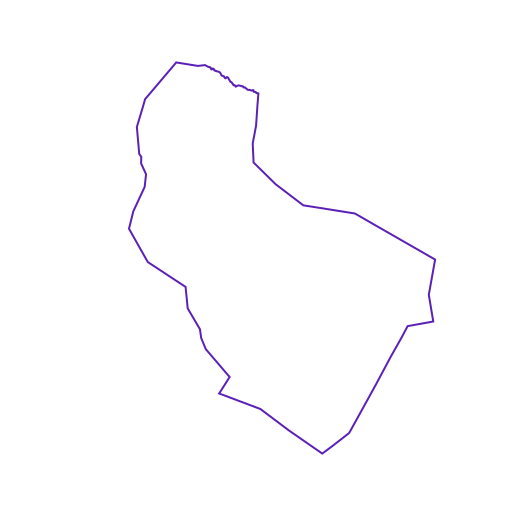 Bayan-O'njuul, Töv, Mongolia (Robinson projection), rotated 36°
{"feature_id": "93677404B80722080120320", "entity_name": "Bayan-O'njuul", "entity_type": "district", "adm_level": 2, "iso_a3": "MNG", "parent_name": "Mongolia", "parent_adm1": "Töv", "projection": "robinson", "projection_center": [105.656, 46.921], "detail": "fine", "context": "isolated", "style": "outline", "palette": "violet", "viewbox_px": 512, "rotation_deg": 36, "n_neighbors": 0, "source": "geoboundaries", "source_scale": "gbopen_adm2", "svg_char_len": 2680}
<svg xmlns="http://www.w3.org/2000/svg" viewBox="0 0 512 512"><g transform="rotate(36 256 256)"><path d="M307.0,388.6L307.0,388.9L349.5,377.2L385.2,377.8L425.7,376.9L429.5,364.9L435.4,344.4L432.7,322.5L428.5,289.0L424.3,258.9L421.8,237.2L419.9,223.6L437.9,204.8L418.6,185.8L403.0,153.6L334.5,161.0L311.0,163.5L264.5,187.2L229.7,186.4L199.1,181.8L187.2,166.9L179.5,150.6L168.7,133.4L162.4,123.1L162.1,123.1L161.8,123.2L161.7,123.3L161.4,123.4L161.2,123.7L160.9,123.8L160.7,123.9L160.4,123.9L160.2,123.7L159.9,123.6L159.5,123.6L159.3,123.6L159.1,123.7L158.8,124.0L158.5,124.1L158.1,124.3L157.9,124.4L157.7,124.4L157.4,124.3L157.1,124.0L156.9,123.7L156.7,123.5L156.6,123.4L156.4,123.4L156.2,123.4L156.0,123.5L155.9,123.7L155.7,124.0L155.7,124.3L155.5,124.6L155.1,124.8L154.6,125.0L154.1,125.1L153.6,125.2L153.1,125.4L152.8,125.7L152.4,126.0L152.0,126.3L151.5,126.3L151.0,126.4L150.4,126.3L149.7,126.3L149.2,126.2L148.8,126.3L148.4,126.1L148.1,126.1L147.8,126.2L147.5,126.5L147.0,126.9L146.7,126.9L146.4,126.8L146.1,126.5L145.7,126.5L145.3,126.6L144.9,126.9L144.4,127.1L143.6,127.4L142.5,127.8L141.8,128.1L141.3,128.6L140.9,129.2L140.6,129.5L140.5,130.0L140.4,130.4L140.2,130.8L139.9,130.9L139.5,130.8L139.1,130.6L138.7,130.4L138.2,130.4L137.9,130.7L137.6,131.0L137.3,131.0L137.0,130.9L136.8,130.8L136.4,130.5L136.0,130.3L135.7,130.4L135.2,130.3L134.7,130.0L134.4,129.9L133.9,129.8L133.5,129.9L133.1,130.0L132.7,130.1L132.2,129.7L131.9,129.6L131.3,129.3L130.8,129.2L130.4,129.1L129.9,128.8L129.5,128.6L129.1,128.3L128.7,128.3L128.2,128.1L127.9,128.1L127.6,128.2L127.3,128.4L127.1,128.7L127.1,129.1L127.1,129.9L126.9,130.2L126.6,130.3L126.2,130.2L125.9,130.2L125.6,130.1L125.4,130.1L125.1,129.8L125.0,129.7L124.8,129.5L124.5,129.6L124.1,129.6L123.7,129.7L123.3,129.9L122.9,129.9L122.6,130.1L122.2,130.1L121.8,130.0L121.4,129.9L120.7,129.5L120.2,129.2L119.7,129.0L118.9,128.7L118.1,128.8L117.4,128.9L116.5,129.2L116.0,129.5L115.8,129.6L115.5,129.7L115.2,129.7L115.0,129.8L114.8,129.9L114.5,129.9L114.3,130.0L114.1,130.1L113.8,130.2L113.5,130.3L113.2,130.3L112.9,130.1L112.8,129.8L112.5,129.7L112.1,129.8L111.8,129.7L111.6,129.6L111.2,129.6L110.9,129.7L110.8,129.9L110.7,130.1L110.7,130.5L110.7,130.9L110.6,131.1L110.4,131.2L109.5,131.0L109.3,131.0L109.1,130.9L108.9,130.8L108.8,130.4L108.5,130.3L108.2,130.3L107.9,130.3L107.6,130.3L107.4,130.4L107.2,130.4L106.8,130.7L106.2,131.1L102.6,131.5L97.2,136.4L77.7,146.3L74.1,194.3L76.9,202.0L83.8,221.7L101.6,242.1L104.9,243.2L108.6,248.6L119.0,254.5L125.3,265.5L130.5,292.0L137.2,308.6L172.0,324.5L217.2,322.4L231.5,338.5L253.7,348.2L259.9,354.6L270.2,360.9L305.8,369.4L307.0,388.6Z" fill="none" stroke="#5b21b6" stroke-width="2"/></g></svg>